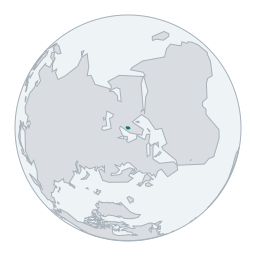 Tokat highlighted on a globe, orthographic projection, rotated 211°
{"feature_id": "TUR-2297", "entity_name": "Tokat", "entity_type": "Province", "adm_level": 1, "iso_a3": "TUR", "parent_name": "Turkey", "parent_adm1": "", "projection": "orthographic", "projection_center": [36.489, 40.417], "detail": "fine", "context": "on_globe", "style": "filled", "palette": "teal", "viewbox_px": 256, "rotation_deg": 211, "n_neighbors": 0, "source": "natural_earth", "source_scale": "10m", "svg_char_len": 10666}
<svg xmlns="http://www.w3.org/2000/svg" viewBox="0 0 256 256"><g transform="rotate(211 128 128)"><circle cx="128" cy="128" r="113" fill="#eef3f6" stroke="#a8b0b8"/><path d="M103.7,18.0L103.8,18.0L103.0,18.2L103.7,18.0ZM101.0,18.6L101.9,18.5L106.0,17.6L108.3,17.2L118.3,17.1L131.4,17.6L136.2,17.3L134.7,18.0L144.2,17.4L151.8,18.7L142.8,17.7L141.6,17.9L146.5,18.7L146.3,19.2L148.6,20.0L148.0,20.6L142.8,20.2L142.2,20.7L145.8,21.3L147.3,22.5L142.2,21.5L144.4,23.5L136.1,24.0L123.1,21.9L118.0,23.6L103.4,25.7L104.3,26.4L99.3,28.1L98.5,29.6L96.0,29.8L97.5,30.9L99.9,30.4L101.4,30.8L101.1,31.7L97.9,32.1L97.6,31.7L96.5,32.3L95.0,32.1L95.6,32.7L91.7,33.2L95.1,34.2L91.7,35.8L89.3,35.7L90.1,33.8L86.5,29.9L84.3,29.7L80.3,31.1L71.6,37.5L68.9,38.3L64.8,40.8L66.0,41.1L69.6,39.3L70.8,40.7L75.1,38.7L76.3,39.0L80.4,37.9L79.1,40.2L75.6,43.2L72.1,44.3L70.5,45.7L73.3,46.5L66.2,50.8L60.7,57.6L58.9,58.6L56.4,56.8L57.8,51.7L54.5,50.4L55.9,53.5L51.5,56.5L50.5,58.0L50.4,59.3L51.8,59.2L50.1,60.8L48.1,58.0L49.6,56.5L50.2,57.3L50.8,55.1L49.4,53.7L47.3,55.6L47.4,52.3L45.9,53.7L45.1,53.9L47.5,51.9L43.2,55.7L43.0,54.2L39.9,57.8L45.3,51.6L51.1,45.7L57.2,40.4L63.8,35.4L70.7,31.0L77.9,27.1L85.4,23.7L93.1,20.9L101.0,18.6ZM18.8,100.5L18.5,101.6L18.4,102.0L18.8,100.5ZM17.9,104.0L16.2,114.5L15.7,124.5L15.6,129.9L15.5,131.2L15.8,134.6L15.8,136.1L18.6,149.4L21.5,159.0L22.4,164.2L21.9,165.6L23.0,168.7L20.3,161.0L18.2,153.0L16.6,144.9L15.7,136.8L15.4,128.5L15.6,120.3L16.5,112.1L17.9,104.0ZM37.2,61.3L36.4,62.4L36.2,62.7L37.2,61.3L37.2,61.3ZM109.4,17.0L106.1,17.6L102.5,18.3L105.3,17.7L109.4,17.0ZM116.2,16.4L114.5,16.6L113.2,16.5L114.6,16.4L116.2,16.4ZM139.7,17.2L137.1,16.9L139.7,17.0L139.7,17.2ZM149.1,20.0L149.9,20.0L150.7,20.4L149.1,20.0ZM80.8,36.8L80.6,37.3L80.0,37.2L80.8,36.8ZM82.9,35.9L82.2,35.3L83.1,34.8L83.5,35.2L82.9,35.9ZM150.4,21.8L151.5,22.6L149.5,21.7L150.4,21.8ZM83.4,36.6L84.7,34.0L86.3,33.2L88.9,33.7L83.4,36.6ZM151.6,23.1L154.3,25.4L156.3,25.5L152.0,26.9L151.2,24.3L148.4,23.0L150.7,23.5L151.6,23.1ZM100.8,29.9L98.2,30.4L100.6,29.2L100.8,29.9ZM102.0,29.0L107.3,25.1L111.0,25.0L108.5,26.2L113.4,25.6L112.7,27.4L109.7,28.2L107.5,27.8L108.9,28.8L102.0,29.0ZM149.2,27.4L149.1,28.0L148.3,27.4L149.2,27.4ZM102.2,30.9L102.9,30.0L106.2,29.8L105.3,31.5L104.5,31.0L102.2,30.9ZM115.1,24.6L117.4,24.8L117.4,26.4L118.3,26.7L113.0,27.4L115.1,24.6ZM103.6,31.5L104.8,32.4L103.0,33.4L101.7,31.7L103.6,31.5ZM107.4,29.1L108.9,29.1L107.8,29.6L107.4,29.1ZM97.3,37.7L98.1,36.5L99.9,36.3L97.3,37.7ZM105.3,32.7L105.9,32.3L106.7,32.2L107.0,33.0L105.3,32.7ZM113.3,28.5L112.8,29.2L115.5,28.3L115.6,29.6L112.0,29.9L113.6,30.3L113.6,30.7L110.7,30.5L113.3,28.5ZM109.8,33.3L105.3,34.3L103.4,36.5L101.7,36.8L105.1,33.2L109.8,33.3ZM110.6,31.6L109.7,32.7L108.1,32.3L107.7,31.4L110.6,31.6ZM116.9,30.3L117.7,28.3L118.5,28.4L116.9,30.3ZM109.5,33.9L110.6,33.7L109.6,34.1L109.5,33.9ZM115.0,31.5L115.2,30.7L116.0,30.8L115.0,31.5ZM112.7,33.9L111.2,34.2L110.9,33.5L112.7,33.9ZM114.0,32.8L115.1,33.1L111.7,33.1L113.9,32.5L114.0,32.8ZM115.8,31.6L116.4,31.4L115.6,31.9L115.8,31.6ZM114.7,36.3L110.4,36.5L109.7,35.0L114.0,35.0L114.7,36.3ZM44.6,166.1L39.7,147.6L42.9,143.5L44.0,136.4L66.3,121.6L70.5,125.2L87.4,127.7L89.4,129.3L86.7,134.8L98.9,145.0L103.6,140.8L115.3,146.1L123.4,146.4L127.5,135.4L114.1,134.7L112.4,129.0L123.7,124.8L135.4,125.6L135.2,123.4L128.3,118.5L131.5,114.5L125.9,116.5L127.8,118.8L124.3,120.2L122.4,118.2L123.7,116.8L120.3,115.6L115.3,123.1L116.6,126.3L107.4,126.7L108.8,132.1L106.1,134.1L102.7,125.9L103.5,123.1L96.8,113.4L95.2,116.3L101.4,125.8L99.2,124.7L97.1,129.2L97.0,125.0L90.7,114.3L82.7,114.0L71.6,122.5L67.1,121.7L63.9,117.6L68.9,106.6L78.3,109.9L80.2,106.4L79.1,99.9L82.1,101.6L82.8,99.5L86.4,100.5L92.4,96.7L96.2,97.2L99.3,91.0L101.7,90.6L99.2,94.3L99.5,97.3L109.0,98.9L111.1,97.8L112.4,93.8L114.9,94.9L114.9,90.8L120.8,89.9L113.6,87.7L114.9,83.3L118.9,80.4L118.0,78.6L111.5,83.4L110.1,85.8L110.9,88.4L105.9,94.9L102.4,95.5L102.8,87.4L97.9,87.5L100.3,81.6L116.4,71.6L122.7,70.1L131.4,76.7L129.5,79.3L125.4,78.2L128.5,83.2L128.6,80.9L130.6,82.0L132.4,78.4L133.9,79.0L133.0,74.7L135.1,75.0L135.6,77.8L140.0,73.2L144.6,73.1L144.8,71.8L143.8,70.5L150.3,71.5L150.2,70.6L148.0,69.8L146.4,67.4L146.1,63.7L148.4,64.3L148.8,65.7L153.0,69.7L153.8,73.5L154.7,73.4L154.6,70.2L149.4,65.4L148.5,63.0L151.3,64.9L150.2,64.1L150.5,63.1L152.9,62.7L150.0,60.5L150.2,50.1L154.9,48.7L157.4,51.3L159.9,45.6L164.9,45.0L162.9,44.2L162.8,41.3L161.2,41.4L160.2,40.9L159.1,34.1L160.6,33.2L157.9,30.0L156.9,29.7L155.6,30.1L152.0,26.9L156.3,25.5L158.4,26.2L159.7,25.1L164.3,27.1L168.8,28.4L173.1,31.7L176.2,32.7L176.4,32.2L180.7,33.4L189.2,38.2L181.8,36.6L168.9,31.2L174.1,33.4L172.8,33.7L174.5,35.1L178.2,36.8L178.7,36.5L183.8,44.3L192.3,51.7L192.1,48.5L194.7,48.7L204.2,55.7L214.6,72.1L218.1,73.6L220.1,76.0L221.0,79.6L218.1,76.1L216.6,76.9L214.8,74.5L215.3,79.5L212.8,76.5L214.3,82.1L216.6,83.5L217.2,80.0L219.6,86.6L223.5,87.9L226.9,92.8L230.1,107.2L229.0,115.1L229.5,117.1L227.5,117.2L227.2,123.2L232.7,129.0L233.3,131.9L231.7,141.4L231.3,139.5L226.2,139.7L226.8,147.3L230.8,148.8L232.2,153.7L229.9,154.8L228.2,150.6L226.4,150.5L225.7,144.3L222.0,137.2L219.5,141.8L218.6,138.1L213.0,133.5L208.9,139.8L203.0,155.2L204.1,164.8L201.3,170.7L193.2,160.4L189.9,151.7L186.8,154.0L178.7,148.4L164.2,152.2L162.3,149.9L159.5,151.8L153.8,150.3L150.9,146.3L147.4,147.1L155.2,157.4L158.9,156.5L162.3,151.4L163.7,155.2L169.2,157.5L162.6,168.6L141.4,180.0L139.6,172.8L124.8,152.1L125.4,149.6L125.3,149.3L125.2,148.8L123.5,152.8L121.1,148.5L128.7,163.6L129.9,169.8L141.1,180.4L140.0,181.6L143.7,183.6L155.8,179.2L155.8,181.6L149.9,193.1L133.3,207.7L135.7,215.6L134.8,221.8L124.9,225.7L126.2,229.7L121.1,230.9L121.0,232.8L117.2,234.5L110.6,235.4L99.0,233.6L97.9,232.0L91.6,227.6L82.7,216.1L85.2,211.7L84.0,207.1L75.7,194.3L77.5,188.6L75.3,185.1L70.8,184.3L68.4,180.1L65.7,179.0L49.3,173.5L44.6,166.1ZM58.0,131.7L57.3,133.8L58.0,131.7ZM147.6,132.2L154.9,131.7L152.1,124.8L154.6,124.2L152.8,122.2L151.8,124.4L147.3,118.9L150.6,116.4L149.9,113.3L147.5,113.4L142.2,118.9L148.7,126.7L146.8,129.8L147.6,132.2ZM18.5,101.8L18.0,103.7L18.3,102.4L18.5,101.8ZM24.2,84.5L23.4,86.7L23.9,85.2L24.2,84.5ZM26.5,79.1L24.8,82.9L25.2,81.9L26.5,79.1ZM35.6,63.6L35.8,63.3L36.5,62.3L35.6,63.6ZM51.6,56.6L51.7,56.9L51.2,58.4L50.8,58.1L51.6,56.6ZM53.4,63.5L50.7,66.0L52.3,63.9L51.1,63.8L52.9,59.3L58.1,58.9L55.4,59.8L53.4,63.5ZM56.8,53.7L55.0,56.3L56.7,53.4L56.8,53.7ZM83.2,87.6L84.2,89.5L82.3,91.7L77.5,91.7L80.1,88.5L83.2,87.6ZM85.9,91.8L87.6,84.2L90.7,84.1L88.7,85.4L90.6,86.1L87.8,88.4L89.1,96.0L87.6,98.5L79.5,96.8L82.9,95.9L81.8,94.0L85.9,91.8ZM86.6,67.3L87.4,64.6L93.0,67.7L91.7,69.9L86.8,69.9L85.5,67.3L86.6,67.3ZM87.9,38.4L87.8,37.7L88.7,37.5L89.5,38.0L87.9,38.4ZM97.6,37.2L89.1,41.8L88.6,41.1L84.2,45.0L81.2,44.7L84.1,42.1L78.5,45.0L79.9,42.6L76.3,44.8L83.1,39.1L84.2,37.3L84.2,39.4L86.9,39.6L88.4,39.2L93.5,36.7L97.1,33.1L100.4,33.0L101.8,33.9L101.4,34.8L99.4,34.5L100.4,35.8L97.2,36.1L97.6,37.2ZM116.0,47.9L113.8,46.7L115.2,50.5L112.0,50.4L112.3,50.8L109.7,51.8L107.2,53.9L105.9,53.5L105.5,54.5L103.8,55.3L102.8,56.5L100.0,56.3L98.5,57.9L98.0,56.9L96.3,59.8L96.3,57.6L94.1,58.6L95.2,60.2L82.5,57.2L77.2,58.0L72.7,60.1L73.4,56.4L78.0,52.2L84.3,48.7L89.4,48.6L88.8,47.1L91.0,46.6L90.6,48.0L92.6,45.7L94.3,45.7L99.9,43.4L101.8,40.2L103.9,39.4L104.0,40.7L106.0,39.0L107.7,40.9L109.3,40.4L112.5,41.9L111.9,44.8L113.6,44.1L116.2,45.3L116.0,47.9ZM115.5,36.7L115.5,40.0L113.7,41.6L108.8,38.4L107.2,38.5L104.0,36.8L106.7,34.6L107.3,35.3L108.6,35.4L107.3,36.0L109.3,35.7L110.3,36.6L112.1,36.7L111.6,37.7L115.5,36.7ZM92.1,127.6L93.7,128.2L96.3,128.5L95.0,131.4L92.1,127.6ZM87.6,120.3L89.2,120.3L88.6,124.3L86.9,123.8L87.6,120.3ZM90.5,117.0L89.3,120.0L88.9,118.1L90.5,117.0ZM100.6,94.1L102.3,94.0L102.3,95.0L101.2,96.3L100.6,94.1ZM119.5,60.2L118.5,59.0L119.1,58.6L119.1,55.4L121.5,55.4L122.4,57.3L119.5,60.2ZM124.9,137.3L122.3,139.4L121.2,138.3L122.3,137.8L124.9,137.3ZM107.8,135.8L111.5,137.7L107.4,136.6L107.8,135.8ZM122.1,59.7L121.8,58.4L123.2,59.2L122.1,59.7ZM123.3,55.3L124.9,56.0L121.8,55.1L123.3,55.3ZM154.3,218.9L146.8,229.3L141.4,229.8L140.3,227.4L143.0,221.4L149.2,218.9L152.2,215.6L154.3,218.9ZM238.4,150.4L237.6,153.7L237.9,152.4L238.4,150.4L238.4,150.4ZM237.5,154.0L234.0,162.2L232.3,164.4L233.0,162.2L235.7,157.3L237.5,154.0ZM232.8,162.4L229.9,163.1L223.9,157.5L226.1,155.4L232.0,156.0L231.6,157.7L233.4,158.0L232.8,162.4ZM238.9,142.8L238.5,147.1L236.9,151.4L236.0,152.8L235.4,149.4L235.8,146.1L236.6,144.5L238.3,129.4L239.2,129.2L239.0,134.8L239.7,136.2L238.9,142.8ZM204.6,165.4L207.3,169.5L205.6,171.5L204.6,165.4ZM238.0,120.8L238.0,127.2L237.6,119.8L238.0,120.8ZM237.1,114.7L237.6,116.4L236.9,115.7L237.1,114.7ZM230.5,119.8L229.7,122.0L229.1,120.7L229.8,117.1L230.5,119.8ZM229.5,97.1L231.4,101.0L231.9,102.7L230.6,101.2L229.5,97.1ZM142.1,59.5L139.4,63.8L139.1,67.2L141.4,69.6L137.0,68.2L137.5,62.9L142.1,59.5ZM149.0,51.1L147.0,49.3L148.6,49.0L149.3,49.4L149.0,51.1ZM147.3,50.7L143.4,50.5L142.8,48.9L145.9,49.3L147.3,50.7ZM132.7,54.8L131.8,56.0L130.7,55.2L132.7,54.8ZM239.9,140.8L240.0,138.9L239.5,143.9L239.3,145.1L239.5,142.0L239.9,136.2L240.1,133.2L240.6,127.5L240.0,135.7L240.1,137.2L240.5,132.9L240.2,137.2L240.1,138.9L239.9,140.8ZM240.6,125.1L240.5,122.9L240.5,123.1L240.6,125.1ZM240.1,121.0L239.4,119.9L239.4,123.0L239.0,114.8L239.8,117.2L240.1,121.0ZM238.7,115.8L238.7,118.7L238.4,114.3L238.7,115.8ZM238.4,118.1L237.9,116.1L238.2,115.0L238.4,118.1ZM238.8,115.0L237.9,111.0L238.5,112.5L238.8,115.0ZM236.3,111.7L237.9,112.4L236.8,114.7L234.3,107.7L234.5,105.9L236.3,111.7ZM222.2,74.7L220.7,73.2L220.3,71.3L221.4,72.8L222.2,74.7ZM217.5,64.4L219.7,70.3L221.2,75.4L221.9,75.2L224.3,79.2L222.0,77.8L219.3,71.9L218.5,68.7L216.2,65.7L214.3,62.1L211.2,59.4L209.7,57.2L212.2,58.8L217.5,64.4ZM210.0,58.4L204.0,53.1L204.2,51.2L205.5,51.9L208.2,55.0L207.9,55.9L210.0,58.4ZM202.6,51.4L202.3,52.2L193.0,47.8L191.0,46.5L198.2,48.4L198.4,49.3L200.6,50.8L202.6,51.4ZM150.3,28.2L149.2,28.1L150.0,27.7L150.3,28.2ZM159.4,41.0L158.2,40.2L159.1,39.7L159.4,41.0ZM155.4,37.7L155.1,38.8L154.4,37.4L155.4,37.7ZM154.8,41.4L154.6,39.1L156.2,41.7L154.8,41.4Z" fill="#d9dde1" stroke="#a8b0b8" stroke-width="1"/><path d="M128.3,127.1L128.4,127.3L128.5,127.3L128.8,127.4L128.9,127.5L129.0,127.4L129.4,127.7L129.6,127.7L129.7,127.8L129.6,128.1L129.4,128.2L129.3,128.3L129.2,128.3L128.9,128.3L128.7,128.4L128.4,128.4L128.3,128.6L128.3,128.8L128.2,128.8L127.7,128.9L127.4,129.0L127.4,128.9L127.3,128.7L127.2,128.6L126.9,128.6L126.7,128.6L126.5,128.4L126.7,128.2L126.8,128.2L127.0,127.9L127.3,127.8L127.5,127.9L127.7,127.7L127.9,127.7L128.0,127.4L127.9,127.2L128.1,127.1L128.3,127.1L128.3,127.1Z" fill="#14b8a6" stroke="#0f766e" stroke-width="1.5"/></g></svg>